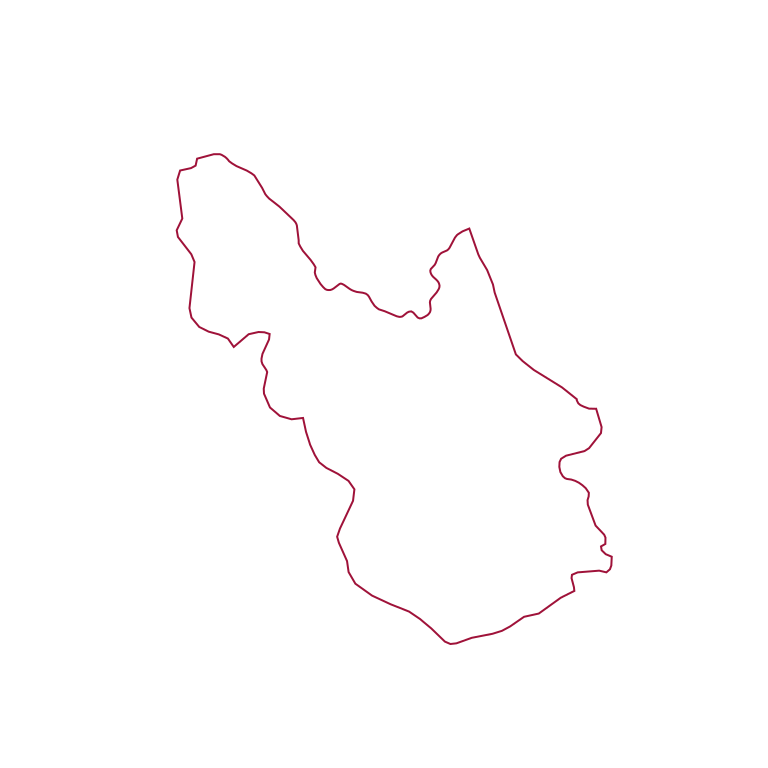 the border of Brescia, rotated 308°
{"feature_id": "ITA-5445", "entity_name": "Brescia", "entity_type": "Province", "adm_level": 1, "iso_a3": "ITA", "parent_name": "Italy", "parent_adm1": "", "projection": "orthographic", "projection_center": [10.383, 45.779], "detail": "fine", "context": "isolated", "style": "outline", "palette": "rose", "viewbox_px": 768, "rotation_deg": 308, "n_neighbors": 0, "source": "natural_earth", "source_scale": "10m", "svg_char_len": 3414}
<svg xmlns="http://www.w3.org/2000/svg" viewBox="0 0 768 768"><g transform="rotate(308 384 384)"><path d="M220.8,562.1L220.8,561.8L221.0,557.2L220.1,543.9L214.5,524.8L209.9,504.9L209.0,484.4L214.0,471.9L221.7,463.9L231.1,446.2L234.8,441.1L243.0,438.3L250.1,436.7L272.9,431.5L282.8,425.5L285.8,415.7L284.8,402.9L282.4,390.3L282.4,381.1L285.5,373.1L290.7,363.1L291.9,361.4L298.3,352.0L307.4,341.1L299.3,332.9L294.7,321.6L295.3,308.6L302.5,295.4L306.3,292.1L321.5,284.6L322.6,282.6L324.8,276.0L326.4,273.6L328.5,271.9L332.9,269.7L348.3,266.0L353.0,263.1L351.1,257.9L347.7,253.1L339.9,246.7L320.7,242.8L323.7,233.0L321.4,223.3L317.3,213.6L315.2,203.3L317.8,191.4L324.0,184.0L363.5,159.6L367.6,152.3L373.0,131.1L377.5,126.0L390.2,123.2L417.8,95.3L426.7,91.9L435.3,99.0L440.1,101.1L446.5,98.0L460.3,108.4L464.0,113.1L464.6,114.9L465.1,118.8L465.0,120.9L464.7,122.9L464.2,124.8L464.3,128.5L464.9,133.6L467.7,144.5L468.4,149.8L468.5,153.4L463.5,167.2L460.5,173.6L459.9,176.1L459.4,179.4L459.4,192.3L457.5,211.9L456.9,214.7L456.2,216.3L455.3,217.7L444.8,228.2L442.3,230.2L440.8,233.3L439.0,238.1L436.6,249.7L435.1,254.9L433.8,258.2L429.3,260.8L427.7,262.8L426.0,265.8L423.7,272.5L422.9,276.4L422.6,279.4L423.1,281.2L424.0,282.6L425.0,283.8L426.5,284.8L428.2,285.5L435.5,287.4L436.6,288.2L437.1,289.5L437.5,291.7L437.8,298.4L438.1,300.7L438.6,302.6L439.2,304.3L439.8,305.9L442.8,311.0L444.0,314.0L444.1,316.3L443.6,318.3L441.4,323.4L439.8,328.4L439.6,331.5L439.7,334.0L441.8,339.8L445.2,352.3L446.3,354.7L447.3,355.9L448.6,356.9L454.6,358.3L456.4,359.2L458.0,360.8L458.3,363.2L457.1,369.6L457.6,371.6L458.7,373.0L461.8,374.6L465.2,375.9L467.1,376.1L468.9,376.0L470.5,375.4L471.9,374.5L476.6,369.9L478.1,369.1L480.0,368.7L488.5,369.1L492.4,368.7L494.1,368.2L495.6,367.3L496.7,366.0L497.6,364.5L498.1,362.8L498.4,360.9L498.7,356.8L499.1,354.9L499.8,353.2L500.7,351.8L501.8,350.7L503.4,350.1L509.1,350.6L511.0,350.3L517.9,348.2L519.8,348.1L521.7,348.3L523.4,348.9L528.0,351.4L529.7,351.8L531.7,351.8L543.0,349.8L546.2,349.8L547.5,350.1L552.6,351.9L559.0,355.5L544.2,378.5L542.5,381.8L537.3,395.1L529.5,408.6L524.2,414.9L488.5,469.7L487.4,479.2L487.3,493.3L490.9,526.3L490.7,545.3L489.8,546.0L488.4,549.0L488.3,551.7L489.1,555.3L490.8,560.7L494.9,566.2L495.1,566.4L484.0,582.0L478.9,585.2L459.7,585.1L454.6,583.3L439.6,571.6L434.2,569.6L430.6,570.4L426.6,573.2L423.2,577.2L421.4,581.7L421.2,584.6L421.8,586.6L424.0,590.4L425.4,594.3L426.2,598.4L426.4,602.7L426.1,607.1L424.4,612.4L421.4,614.5L417.8,615.9L414.4,618.9L402.7,637.9L400.8,650.3L399.3,653.1L394.2,656.9L389.6,655.0L387.0,657.9L386.4,663.5L388.1,669.8L380.9,674.9L377.1,676.1L372.5,675.2L369.4,668.5L354.8,652.6L349.4,649.6L346.5,651.3L340.8,658.8L338.1,661.4L337.9,661.3L337.7,661.2L337.3,661.0L337.1,660.9L336.9,660.8L336.7,660.7L336.4,660.6L336.1,660.4L335.8,660.3L335.5,660.1L335.1,660.0L334.8,659.8L334.4,659.6L334.1,659.5L333.7,659.3L333.3,659.1L332.9,658.9L332.5,658.7L332.1,658.5L331.7,658.3L331.3,658.1L330.9,658.0L330.5,657.8L330.1,657.6L329.7,657.4L329.3,657.2L328.9,657.0L328.5,656.8L328.1,656.6L327.8,656.5L327.4,656.3L327.1,656.1L326.8,656.0L326.4,655.8L326.2,655.7L325.9,655.6L325.6,655.5L325.4,655.4L325.2,655.3L325.0,655.2L324.9,655.1L324.7,655.0L324.5,654.9L298.4,647.3L286.8,637.7L270.5,632.6L262.1,628.9L254.0,623.3L238.0,609.4L224.2,600.7L220.0,596.4L218.5,590.6L220.5,571.7L220.8,562.1Z" fill="none" stroke="#9f1239" stroke-width="2"/></g></svg>